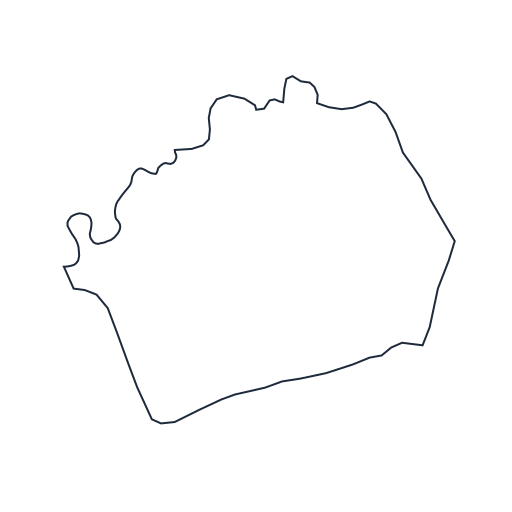 Aguas Corrientes, Canelones, Uruguay, rotated 12°
{"feature_id": "84410073B95258076060136", "entity_name": "Aguas Corrientes", "entity_type": "district", "adm_level": 2, "iso_a3": "URY", "parent_name": "Uruguay", "parent_adm1": "Canelones", "projection": "natural_earth1", "projection_center": [-56.387, -34.527], "detail": "fine", "context": "isolated", "style": "outline", "palette": "slate", "viewbox_px": 512, "rotation_deg": 12, "n_neighbors": 0, "source": "geoboundaries", "source_scale": "gbopen_adm2", "svg_char_len": 2122}
<svg xmlns="http://www.w3.org/2000/svg" viewBox="0 0 512 512"><g transform="rotate(12 256 256)"><path d="M437.5,308.7L439.0,299.8L440.7,289.4L440.7,249.9L445.5,220.3L447.3,200.1L437.9,189.9L415.0,164.7L401.7,145.9L378.2,124.3L366.6,105.5L354.0,90.2L341.6,82.0L335.0,81.2L328.4,85.7L320.2,90.8L309.2,94.6L296.3,95.3L283.9,93.8L282.8,85.5L278.0,78.5L272.4,75.2L263.6,75.8L254.3,72.5L248.9,76.4L248.9,86.2L250.6,100.0L247.3,100.0L241.7,98.9L237.0,101.0L233.3,110.2L225.8,112.9L223.7,108.8L212.0,104.5L196.3,104.3L185.0,110.9L180.9,121.0L181.1,130.8L184.6,141.8L185.7,151.7L181.3,158.7L170.9,164.6L154.5,169.2L155.2,171.4L156.3,172.9L156.9,173.7L157.6,176.3L157.1,179.5L155.7,182.1L153.3,183.7L150.3,183.9L148.0,183.9L146.2,184.9L144.1,187.1L142.1,190.2L141.9,192.8L141.6,195.2L141.0,196.5L139.1,196.7L136.6,196.8L134.4,196.4L132.5,195.9L130.1,195.1L128.3,194.6L125.8,194.2L123.8,194.7L122.0,196.2L120.5,198.4L119.3,200.9L118.5,203.7L118.5,206.4L118.7,209.4L118.0,213.0L116.4,216.4L114.4,220.1L112.4,224.1L111.1,227.1L110.2,229.3L109.3,231.2L108.5,234.3L108.4,237.3L108.5,240.0L109.0,243.1L109.7,244.8L110.6,247.5L111.9,249.1L113.8,250.5L115.2,252.0L116.2,253.2L117.0,255.1L117.3,257.0L117.1,259.3L116.7,260.9L115.9,263.2L115.1,264.4L114.1,266.6L113.0,267.9L111.8,269.3L110.6,270.6L108.9,271.6L107.0,272.8L105.6,273.9L103.4,275.0L101.0,276.0L99.3,276.9L96.6,277.1L94.2,276.4L92.3,274.7L90.7,273.2L89.5,271.1L88.8,268.7L88.9,265.7L88.8,262.0L88.3,258.2L87.2,255.3L85.6,252.9L83.2,251.3L80.7,250.8L77.6,250.7L74.3,251.0L71.5,252.4L69.2,253.9L66.9,256.0L65.7,258.8L64.9,260.7L64.7,262.8L65.4,265.6L66.9,267.6L68.8,269.8L71.2,272.5L73.3,274.5L75.8,276.9L78.6,280.6L80.5,284.1L81.9,288.7L83.0,292.6L83.0,295.5L82.9,297.7L81.6,300.4L80.3,302.1L78.6,303.2L76.1,304.5L74.0,305.3L73.4,305.6L70.3,306.4L84.4,325.8L95.4,324.9L108.0,326.9L121.8,337.8L136.5,360.7L152.8,386.8L167.0,409.0L188.1,437.4L197.9,439.5L211.0,435.3L232.4,418.3L252.0,403.5L264.3,395.8L292.2,382.9L307.5,373.3L324.9,366.7L348.7,356.1L373.5,341.8L388.2,331.8L399.5,327.2L407.3,317.4L416.9,310.5L437.5,308.7Z" fill="none" stroke="#1e293b" stroke-width="2"/></g></svg>